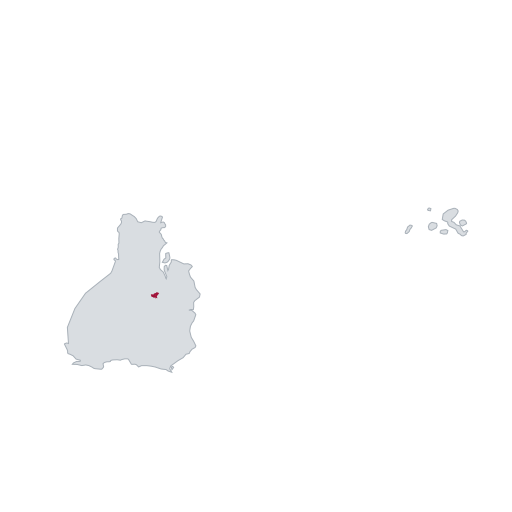 Caluma, Bolivar, Ecuador (highlighted), rotated 161°
{"feature_id": "8360857B21807845085638", "entity_name": "Caluma", "entity_type": "district", "adm_level": 2, "iso_a3": "ECU", "parent_name": "Ecuador", "parent_adm1": "Bolivar", "projection": "mercator", "projection_center": [-79.193, -1.597], "detail": "fine", "context": "in_parent", "style": "filled", "palette": "rose", "viewbox_px": 512, "rotation_deg": 161, "n_neighbors": 0, "source": "geoboundaries", "source_scale": "gbopen_adm2", "svg_char_len": 4946}
<svg xmlns="http://www.w3.org/2000/svg" viewBox="0 0 512 512"><g transform="rotate(161 256 256)"><path d="M464.9,213.4L463.5,214.3L460.0,214.7L457.3,213.8L456.2,213.8L456.1,214.7L459.7,217.1L461.4,221.2L463.9,223.7L465.5,224.9L465.6,225.8L465.1,227.4L465.0,228.8L465.8,235.1L465.3,235.4L463.3,235.4L461.8,234.3L457.6,249.9L444.3,265.3L429.3,276.3L411.8,282.6L399.0,287.0L397.1,288.7L390.8,296.5L390.5,297.2L391.4,298.6L391.4,299.4L390.5,299.9L389.7,300.0L389.3,299.6L389.1,298.7L388.2,297.7L387.2,297.4L386.6,297.7L386.6,298.5L385.3,302.7L385.2,304.8L384.7,305.6L384.7,307.4L383.4,309.1L382.5,311.9L381.4,312.8L380.0,317.2L378.1,321.5L377.9,323.0L378.6,324.0L378.8,324.9L377.9,327.5L373.4,330.2L372.3,331.4L371.8,332.9L372.1,334.1L372.0,335.1L370.5,335.5L369.0,338.0L367.9,338.5L365.1,337.7L363.0,337.7L361.4,336.9L358.2,332.8L357.1,330.3L356.7,326.9L353.6,324.8L349.5,325.3L348.3,324.6L345.3,323.1L342.7,321.5L340.7,320.7L339.3,321.1L336.8,323.8L334.5,325.0L333.5,325.0L332.1,324.1L331.8,323.2L335.3,318.5L332.7,318.4L331.8,317.4L331.7,316.2L331.3,314.9L331.8,313.4L333.1,312.6L335.2,313.2L336.6,313.2L337.5,311.8L339.3,310.7L339.7,310.0L338.7,307.7L338.5,306.4L338.8,305.7L338.7,303.2L338.1,302.3L338.0,300.9L337.5,300.1L337.3,298.4L336.0,297.4L340.2,295.8L341.7,294.5L343.6,293.3L345.2,291.5L346.3,289.8L348.8,281.8L351.2,276.7L350.8,274.3L348.9,271.0L348.4,266.2L348.6,264.7L348.3,263.6L347.0,265.6L347.4,272.7L346.2,275.9L344.6,276.7L343.5,276.1L344.1,270.9L343.0,271.9L341.1,275.4L337.9,278.0L337.8,278.9L337.0,280.0L334.6,279.0L332.8,277.9L326.8,272.0L322.8,270.8L320.5,268.8L320.0,267.9L319.7,266.7L322.1,265.5L324.6,263.8L324.9,260.2L324.8,257.3L322.9,252.5L323.8,246.1L323.3,243.6L321.2,238.3L322.8,235.6L328.4,233.7L330.1,232.4L331.4,228.2L332.7,225.7L335.1,226.7L337.1,226.6L334.5,225.6L332.3,221.9L332.0,220.1L336.1,214.9L338.2,213.6L340.9,210.9L343.1,206.7L343.7,200.2L342.7,195.5L342.1,190.6L343.4,189.3L346.8,188.7L349.5,187.1L350.9,185.6L354.2,185.9L358.0,183.6L364.0,182.4L372.5,179.8L374.3,177.5L373.5,173.5L376.6,175.9L378.0,177.9L382.4,180.0L387.5,183.9L390.9,185.9L394.5,187.7L399.8,189.6L403.1,189.3L404.5,192.2L405.7,193.1L408.7,194.0L409.1,194.4L410.2,199.8L410.9,200.6L413.6,201.5L416.8,201.8L418.1,201.6L421.0,203.1L425.4,204.4L427.0,204.5L427.7,204.3L428.0,203.7L429.3,203.8L431.2,204.5L434.0,204.7L435.7,204.0L436.1,201.0L436.7,200.3L438.7,199.2L439.7,199.5L444.9,201.9L446.0,202.7L447.3,204.4L449.7,206.8L452.4,208.4L456.4,209.1L460.4,211.7L464.9,213.4ZM55.9,210.1L57.5,211.7L58.4,216.4L63.5,221.4L64.2,224.1L63.7,225.4L63.9,225.9L66.4,227.9L68.0,229.9L65.3,234.8L59.5,236.8L53.4,236.7L52.2,236.2L50.5,234.4L50.2,232.7L51.2,231.2L54.3,228.8L59.2,226.6L59.8,225.0L57.9,223.4L56.5,220.3L53.4,218.0L51.9,211.3L50.9,211.0L48.8,211.9L47.8,211.1L47.6,210.6L49.9,209.1L50.3,208.0L53.6,207.5L55.1,208.4L55.9,210.1ZM79.9,230.4L78.6,230.5L74.6,228.0L74.9,225.6L76.5,223.9L81.6,223.1L83.7,224.6L83.5,227.6L81.8,229.7L80.4,230.1L79.9,230.4ZM340.9,286.8L340.5,287.8L338.0,287.7L337.3,287.4L337.9,282.7L338.6,281.2L340.6,279.7L342.2,279.0L344.4,279.1L346.6,280.5L344.0,282.9L341.9,283.5L340.9,286.8ZM52.0,222.5L49.4,222.9L47.3,222.1L46.4,220.7L46.2,218.7L46.4,218.0L51.1,217.2L52.7,218.9L52.7,221.5L52.0,222.5ZM103.3,234.0L100.3,235.1L98.6,234.1L98.5,233.4L100.2,231.9L101.8,231.0L103.2,229.2L105.9,228.1L106.7,228.3L107.2,228.7L107.4,229.3L106.5,230.8L104.9,231.8L103.3,234.0ZM73.8,219.2L72.6,220.0L67.8,219.1L66.3,217.6L67.5,215.6L68.5,214.8L71.4,215.6L74.3,217.8L73.8,219.2ZM77.6,245.0L76.6,245.0L75.2,243.9L76.3,241.9L78.3,243.0L78.8,243.8L77.6,245.0ZM372.2,178.6L370.8,178.8L370.1,177.6L371.9,176.2L372.5,175.9L372.2,178.6Z" fill="#d9dde1" stroke="#a8b0b8" stroke-width="1"/><path d="M362.5,253.0L362.8,252.9L363.1,252.9L363.4,252.9L363.5,252.9L363.7,253.0L363.8,253.0L364.0,253.0L364.2,252.9L364.3,252.9L364.3,252.7L364.5,252.6L364.8,252.5L364.9,252.4L365.0,252.3L365.1,252.2L365.3,252.1L365.5,252.2L365.7,252.4L366.0,252.4L366.3,252.3L366.5,252.4L366.5,252.5L366.8,252.7L366.8,252.8L367.0,252.9L367.1,253.0L367.2,252.9L367.3,252.9L367.3,252.7L367.3,252.4L367.2,252.3L367.2,252.2L367.3,251.9L367.2,251.8L366.9,251.7L366.7,251.5L366.6,251.4L366.4,251.2L366.2,251.0L365.9,251.2L365.7,251.1L365.8,251.0L365.8,250.9L365.8,250.6L365.7,250.6L365.5,250.4L365.4,250.4L365.4,250.5L365.2,250.5L364.9,250.6L364.7,250.7L364.4,250.7L364.4,250.8L364.3,250.7L364.2,250.7L364.1,250.4L364.0,250.2L363.9,250.0L363.9,249.9L363.8,250.0L363.7,249.9L363.7,250.0L363.6,250.3L363.6,250.5L363.4,250.7L363.4,250.8L363.3,251.0L363.2,251.0L363.0,251.3L362.9,251.4L362.9,251.5L362.8,251.8L362.7,251.9L362.5,251.7L362.4,251.7L362.2,251.6L362.1,251.8L362.1,251.7L362.1,251.8L362.0,252.0L361.9,252.0L361.8,252.3L361.7,252.3L361.4,252.4L361.2,252.4L361.2,252.5L361.1,252.4L361.0,252.5L360.9,252.5L361.0,252.8L361.6,252.8L361.7,253.0L361.8,253.2L362.0,253.1L362.4,253.0L362.5,253.0L362.5,253.0Z" fill="#f43f5e" stroke="#9f1239" stroke-width="1.5"/></g></svg>